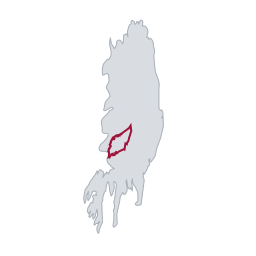 Húnavatnshreppur, Norðurland vestra, Iceland shown in context, rotated 279°
{"feature_id": "244011B27584551294957", "entity_name": "Húnavatnshreppur", "entity_type": "district", "adm_level": 2, "iso_a3": "ISL", "parent_name": "Iceland", "parent_adm1": "Norðurland vestra", "projection": "equal_earth", "projection_center": [-19.834, 65.207], "detail": "fine", "context": "in_parent", "style": "outline", "palette": "rose", "viewbox_px": 256, "rotation_deg": 279, "n_neighbors": 0, "source": "geoboundaries", "source_scale": "gbopen_adm2", "svg_char_len": 6330}
<svg xmlns="http://www.w3.org/2000/svg" viewBox="0 0 256 256"><g transform="rotate(279 128 128)"><path d="M196.0,99.7L198.3,99.8L202.0,99.0L207.2,96.9L209.4,96.4L214.5,96.4L208.4,98.5L206.2,100.8L204.5,101.9L204.6,102.4L209.0,103.8L211.1,103.3L212.0,103.5L212.9,104.2L213.5,105.5L213.2,106.8L212.0,108.2L210.4,109.4L210.6,109.7L212.0,109.9L219.2,109.2L220.1,110.9L220.8,111.5L220.6,112.0L217.8,113.8L221.2,112.7L223.8,112.4L228.4,112.9L230.4,113.6L231.5,114.8L233.8,114.4L234.9,115.1L234.9,115.8L234.0,117.7L231.4,118.7L233.1,120.1L234.5,120.1L234.7,120.4L234.6,121.3L232.6,122.2L236.1,123.3L236.6,123.7L236.4,125.0L235.9,125.7L234.8,126.1L232.4,126.2L230.8,126.7L231.4,127.4L231.0,129.6L229.2,131.3L227.4,132.2L225.6,132.8L220.5,132.2L220.8,133.7L219.1,134.6L219.4,135.4L220.1,135.8L219.8,136.8L217.6,138.9L216.0,139.6L212.8,140.4L208.3,142.3L203.5,142.2L192.0,145.0L187.5,146.4L179.5,150.9L176.0,152.0L170.1,152.6L152.3,155.5L150.4,157.3L150.3,157.7L151.1,158.4L149.8,159.6L147.1,160.5L145.8,160.5L143.6,159.7L143.3,160.1L144.2,161.0L135.5,162.6L123.4,161.8L112.7,159.6L104.2,159.1L98.2,156.1L98.0,155.6L98.7,154.7L100.8,154.3L99.8,153.4L96.2,155.0L95.0,155.0L93.5,154.3L93.4,153.7L90.4,153.4L85.2,151.5L84.9,151.1L86.1,150.5L85.9,150.3L83.0,150.4L78.9,152.2L54.6,152.9L53.8,152.0L52.9,148.5L53.8,147.1L54.8,147.2L57.6,149.2L64.1,148.1L66.7,147.3L69.2,145.5L70.6,144.9L72.7,142.5L74.7,141.1L78.8,140.4L75.1,140.0L69.0,141.9L66.9,141.9L67.9,141.0L70.0,140.1L68.6,140.0L68.0,139.6L68.0,138.7L69.1,137.3L76.3,134.8L74.7,134.3L69.6,136.3L66.0,136.9L63.0,136.0L61.6,134.9L61.7,134.4L63.5,132.9L63.2,132.6L62.0,132.4L58.9,131.1L53.8,131.2L41.3,130.4L31.8,132.3L29.6,131.4L27.8,129.5L28.2,128.8L29.8,128.4L34.5,128.4L41.3,127.5L44.4,126.4L45.6,126.7L46.2,127.3L50.4,126.4L52.6,125.5L56.4,125.9L70.5,125.4L72.3,124.1L73.1,122.7L72.8,122.3L67.6,123.7L66.4,123.7L60.4,123.0L58.3,122.1L59.0,121.5L62.2,120.1L70.3,117.7L71.5,117.2L71.6,116.6L68.4,115.6L62.3,115.9L60.8,114.7L55.8,114.0L52.4,114.4L50.7,113.7L30.8,117.5L24.4,115.8L19.8,115.5L19.4,114.9L22.2,113.3L24.0,113.0L25.8,113.1L29.3,114.3L31.7,114.6L28.8,112.9L28.7,111.3L27.7,110.9L26.9,109.8L27.3,109.5L30.9,109.7L36.6,111.6L39.5,111.2L43.2,110.0L34.9,109.4L32.5,107.9L34.3,107.1L38.6,107.2L33.9,104.7L33.7,104.2L34.5,103.1L40.5,104.1L37.4,102.6L37.3,102.3L38.2,102.0L38.7,101.1L40.2,100.7L43.2,101.0L47.9,102.8L48.5,103.2L48.6,105.0L50.5,104.7L52.7,105.0L54.5,103.8L55.8,104.1L56.7,105.1L56.5,107.5L57.8,106.7L60.0,106.6L60.4,104.7L60.0,103.1L52.9,101.3L50.2,100.0L50.5,99.6L51.9,99.2L59.4,98.9L56.2,98.1L55.4,97.4L49.8,97.7L47.0,97.3L46.9,96.9L48.0,96.4L51.5,95.2L58.0,95.1L60.6,95.4L65.6,98.0L69.5,99.1L76.2,102.7L80.5,104.1L80.7,104.4L80.0,104.8L78.3,105.3L80.8,105.9L82.4,106.9L82.5,107.3L81.0,110.2L79.4,111.2L75.4,110.6L76.3,111.5L79.2,112.5L79.8,113.1L79.4,113.6L80.7,113.5L81.2,113.8L80.5,115.4L79.8,116.0L82.2,116.4L83.8,117.2L85.8,120.6L86.9,118.0L87.4,117.0L88.4,116.7L89.6,114.1L92.3,112.5L94.8,111.9L97.4,113.7L99.2,113.9L101.2,110.7L101.4,108.3L100.9,105.7L101.2,103.9L102.5,102.8L104.2,102.5L107.7,103.6L110.7,106.1L115.2,108.9L118.3,109.6L118.9,109.5L119.4,108.6L119.0,104.9L120.4,103.0L124.1,102.5L129.7,100.7L131.0,100.7L133.8,101.7L138.8,105.4L142.3,107.1L144.2,109.9L145.0,110.4L145.8,109.5L145.8,108.3L141.5,102.6L141.4,101.8L141.8,101.2L149.5,101.5L151.2,102.2L156.6,105.4L159.2,104.1L164.3,100.3L166.1,100.4L170.6,101.9L172.4,101.8L177.5,100.4L178.6,98.6L176.2,95.0L177.1,94.3L181.9,93.4L187.1,93.6L192.6,96.9L192.8,98.5L196.0,99.7Z" fill="#d9dde1" stroke="#a8b0b8" stroke-width="1"/><path d="M111.8,129.4L113.8,129.5L114.3,130.1L116.8,130.6L118.4,130.6L121.1,131.1L124.4,131.5L125.5,131.7L130.8,130.2L127.7,128.8L127.7,128.7L127.4,128.5L127.3,128.4L127.3,128.2L127.1,128.1L125.5,126.5L121.7,122.7L121.2,122.6L121.0,122.4L120.9,122.4L120.7,122.3L120.7,122.2L120.8,122.2L120.7,122.2L120.6,121.9L120.4,121.8L120.3,121.7L120.2,121.6L120.1,121.4L120.2,121.5L120.2,121.4L120.3,121.3L120.2,121.2L119.9,121.0L119.8,120.9L120.0,120.9L119.9,120.8L120.0,120.8L119.9,120.8L120.0,120.7L119.8,120.5L119.7,120.4L119.4,120.3L119.3,120.2L119.2,120.1L119.0,119.9L118.8,119.8L118.7,119.7L118.4,119.5L118.3,119.4L118.2,119.4L118.0,119.2L118.0,118.9L118.6,119.1L119.0,119.1L119.4,119.0L119.0,118.0L118.7,118.0L118.7,117.9L118.5,117.7L118.6,117.4L118.5,117.2L118.3,117.0L118.2,116.9L117.9,116.5L117.3,116.2L117.2,116.2L116.7,116.2L116.4,116.1L115.8,116.3L115.7,116.3L115.1,116.2L114.8,116.1L114.7,116.0L114.7,115.9L114.8,115.9L114.8,115.7L114.9,115.4L114.9,115.2L115.0,115.1L115.3,115.2L115.9,115.1L116.1,115.0L116.2,114.9L115.8,114.7L115.6,114.6L115.7,114.4L115.4,114.3L115.2,114.3L115.1,114.2L114.6,114.1L114.3,114.1L114.1,114.0L114.0,113.9L113.9,113.9L113.8,114.0L113.7,113.9L113.5,113.7L113.3,113.7L113.2,113.6L112.7,113.4L112.3,113.4L112.1,113.4L111.9,113.4L111.5,113.4L111.5,113.2L111.3,113.2L111.0,113.1L110.9,113.1L110.6,113.2L110.1,113.2L109.7,113.0L109.5,112.9L109.3,112.9L109.2,112.9L109.1,112.7L108.9,112.7L108.7,112.6L108.4,112.5L108.1,112.7L108.0,112.8L108.2,113.0L108.4,113.0L108.5,113.0L108.4,113.1L108.1,113.2L108.0,113.3L107.7,113.7L107.6,113.8L107.4,113.8L107.4,113.7L107.2,113.7L106.8,113.6L106.7,113.6L106.4,113.5L106.3,113.4L106.1,113.4L105.9,113.3L105.9,113.2L105.6,113.0L105.2,113.0L105.2,112.9L105.2,112.7L104.8,112.4L104.6,112.3L104.2,112.5L103.7,112.5L103.3,112.5L103.2,112.5L103.3,112.3L102.1,112.2L102.1,112.3L101.9,112.5L101.7,112.8L100.8,113.1L100.3,113.2L99.4,113.3L98.3,113.4L97.3,113.4L96.9,113.4L96.7,113.4L96.4,113.4L96.5,113.5L96.7,113.4L96.8,113.4L96.9,113.5L97.0,113.6L97.1,113.8L97.1,114.0L97.0,114.4L97.0,114.5L96.8,114.6L97.1,114.7L97.3,114.8L97.9,115.0L98.1,115.1L98.3,115.3L99.0,115.5L99.3,115.7L99.3,115.8L99.5,115.9L99.6,116.0L99.8,116.2L99.7,116.3L99.8,116.3L99.9,116.5L100.0,116.6L100.0,116.8L100.1,117.0L99.8,117.0L99.7,117.1L99.4,117.1L99.2,117.3L99.0,117.6L98.9,117.7L99.0,118.0L99.2,118.3L99.1,118.5L99.1,118.8L99.2,119.0L99.3,119.1L99.6,119.1L99.8,119.2L100.1,119.3L100.8,119.5L101.1,119.5L101.2,119.4L101.4,119.4L101.7,119.3L101.8,119.4L101.9,119.5L102.0,119.6L101.9,119.7L101.9,119.8L102.0,119.9L102.1,120.0L101.9,120.1L102.0,120.2L101.8,120.3L101.1,120.7L101.1,120.8L101.3,121.0L103.2,122.5L104.8,124.8L106.0,126.5L106.4,127.1L106.1,127.9L112.3,127.9L111.8,129.4Z" fill="none" stroke="#9f1239" stroke-width="2"/></g></svg>